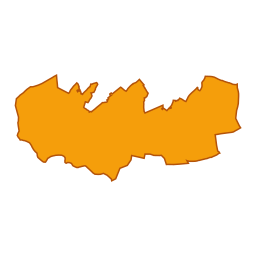 outline of Kumbotso, Kano, Nigeria
{"feature_id": "59680162B97880726687240", "entity_name": "Kumbotso", "entity_type": "district", "adm_level": 2, "iso_a3": "NGA", "parent_name": "Nigeria", "parent_adm1": "Kano", "projection": "albers", "projection_center": [8.511, 11.918], "detail": "fine", "context": "isolated", "style": "filled", "palette": "amber", "viewbox_px": 256, "rotation_deg": 0, "n_neighbors": 0, "source": "geoboundaries", "source_scale": "gbopen_adm2", "svg_char_len": 5445}
<svg xmlns="http://www.w3.org/2000/svg" viewBox="0 0 256 256"><path d="M202.0,84.6L202.0,85.4L202.0,86.3L201.8,87.1L201.3,88.4L200.5,89.8L200.3,90.1L199.8,90.7L199.4,90.5L199.3,90.4L199.0,90.3L198.7,90.1L198.1,89.6L198.0,89.4L197.9,89.2L197.8,88.9L197.8,88.6L197.8,88.4L197.8,88.0L197.8,87.9L197.7,87.6L197.3,87.4L196.9,87.8L196.7,88.2L196.3,88.6L194.0,90.8L192.4,92.2L191.2,93.3L190.2,94.3L189.3,95.3L189.0,95.7L188.2,96.9L187.4,98.6L185.9,101.5L184.4,100.9L183.5,100.3L182.5,99.6L181.1,98.8L180.9,98.8L180.7,98.7L179.7,98.2L179.0,99.3L177.9,100.5L177.3,100.2L177.0,100.6L175.6,101.2L175.4,100.5L173.3,100.3L173.0,101.9L171.8,104.8L171.5,105.4L170.6,106.6L170.2,107.0L170.7,107.5L171.2,107.8L171.1,108.1L169.5,108.5L169.1,108.1L166.9,110.6L163.5,108.2L162.4,109.4L161.8,108.8L163.0,107.3L162.9,105.2L147.0,112.1L146.1,112.5L145.0,113.0L144.7,112.4L144.1,111.4L143.7,107.7L143.7,105.7L143.8,104.2L143.7,101.7L144.5,100.6L144.4,99.2L144.4,98.6L144.3,97.9L145.1,97.7L145.6,97.7L146.1,97.0L146.4,96.7L146.7,96.6L147.1,95.8L148.1,93.2L147.9,93.1L146.8,91.4L146.2,90.4L145.7,89.4L144.9,88.3L144.7,88.2L144.8,87.8L144.2,87.1L143.2,85.5L144.0,84.9L142.4,83.0L141.8,82.3L139.4,79.4L138.2,80.6L137.5,81.2L136.0,82.5L133.5,83.5L133.0,84.0L132.9,83.8L132.0,84.5L130.4,85.9L128.0,88.5L126.8,90.4L126.1,91.2L124.6,90.4L121.2,87.5L120.6,87.2L112.3,93.9L111.5,93.3L111.2,93.0L109.8,94.0L110.0,94.9L110.2,95.3L111.0,95.5L110.2,96.1L108.0,97.9L108.2,98.2L108.3,98.4L108.5,98.6L108.4,98.7L108.5,98.9L108.3,99.0L108.4,99.3L108.5,99.3L107.9,99.5L107.9,99.9L107.4,100.1L107.2,99.9L106.9,100.0L107.4,101.0L107.4,101.5L107.2,101.7L106.8,102.0L106.6,102.2L106.3,102.2L105.6,102.3L104.8,102.3L104.5,102.4L104.1,102.5L103.7,102.6L103.0,102.6L102.6,102.6L102.4,102.6L100.9,104.0L97.6,106.7L96.6,107.5L95.3,108.7L92.3,111.1L91.6,111.8L91.0,111.4L89.3,112.1L89.2,111.5L89.1,111.2L88.4,110.6L88.1,110.4L87.2,110.0L86.2,109.1L84.6,108.2L84.1,107.8L83.7,107.3L85.4,101.8L87.9,102.6L88.8,101.4L89.2,100.5L89.5,100.0L90.0,99.2L90.6,98.5L90.8,98.3L91.0,98.0L91.1,97.7L91.5,97.0L92.0,95.9L91.9,95.6L91.6,94.9L91.6,94.6L91.5,94.2L91.4,93.7L91.0,93.0L91.6,92.9L92.1,92.8L93.0,92.4L93.8,92.4L94.7,90.7L95.3,89.6L95.4,89.2L95.4,88.8L95.7,87.8L96.2,87.0L96.5,86.4L96.9,85.8L97.2,85.3L97.7,84.3L97.3,83.5L97.1,83.1L96.5,82.6L95.7,82.9L94.9,83.1L94.2,83.3L93.4,83.5L92.1,84.1L91.7,84.2L91.3,84.1L91.1,84.1L90.8,84.1L90.0,86.8L89.4,86.9L88.9,87.7L88.7,87.7L88.1,88.2L87.8,88.5L86.8,89.8L84.9,91.6L84.5,91.9L82.9,93.7L82.9,93.9L82.2,94.5L81.8,94.8L81.9,94.7L81.8,94.3L81.7,93.7L81.1,93.8L81.0,93.2L80.9,93.2L80.9,92.8L80.9,92.4L80.8,92.2L80.7,91.8L80.5,91.2L80.2,91.3L80.1,91.2L79.6,91.1L79.5,90.7L78.6,91.0L78.4,90.8L77.7,91.7L77.1,90.8L77.8,90.4L77.7,90.1L79.1,89.9L79.8,89.7L79.1,88.5L78.9,87.4L78.8,87.1L79.1,86.9L78.9,86.4L78.6,85.5L78.4,85.1L78.1,84.2L77.9,83.9L77.4,83.5L77.1,83.2L76.8,82.9L74.7,85.1L74.3,85.4L73.3,86.5L72.9,87.0L72.5,87.6L70.9,89.6L70.4,90.3L69.7,92.0L69.3,92.5L68.6,93.3L67.0,92.5L57.6,87.6L57.5,86.1L57.3,83.8L56.9,80.2L56.5,75.2L56.1,75.4L54.0,76.5L52.3,77.6L48.6,79.7L45.5,81.5L43.4,82.7L42.0,83.5L38.3,85.1L34.6,86.3L32.8,86.8L30.5,86.8L27.0,89.3L24.6,91.5L23.6,92.6L19.9,95.3L19.0,96.3L16.5,98.6L16.4,98.7L16.4,98.8L15.4,105.6L18.5,117.0L18.5,118.2L18.4,119.8L18.4,121.0L17.9,122.7L18.3,126.1L19.1,131.0L17.9,133.5L17.3,135.5L18.4,137.5L19.5,138.7L20.2,140.0L21.8,139.9L23.5,140.5L24.6,140.6L26.7,141.4L29.4,142.7L30.0,143.4L31.5,145.7L32.1,147.1L32.9,148.4L33.6,149.7L34.5,150.7L35.1,151.5L36.0,152.3L36.9,153.1L37.2,154.4L37.3,155.8L37.9,157.4L39.3,158.7L40.8,160.0L42.6,161.5L43.8,162.1L45.5,162.1L46.0,161.3L46.4,160.8L47.3,159.2L47.7,158.4L48.8,157.8L50.6,156.6L52.9,155.9L54.4,155.6L55.7,155.3L57.1,155.2L58.6,155.1L61.7,155.2L63.8,156.2L65.0,157.5L65.2,159.1L64.9,160.8L65.0,162.4L66.1,163.2L67.8,162.5L69.8,162.7L71.4,163.4L71.8,163.9L72.3,164.8L73.0,165.8L74.8,166.7L76.7,167.5L78.2,167.5L79.6,166.9L80.6,166.8L81.4,166.5L82.8,166.2L84.1,165.9L85.1,165.8L86.2,166.4L86.5,166.7L87.6,167.8L88.4,168.5L89.9,169.9L91.7,171.6L93.3,173.2L94.1,173.6L94.7,174.1L95.3,174.2L96.8,174.3L98.0,174.4L100.5,174.3L101.7,173.9L103.5,173.4L105.5,174.4L107.3,175.3L108.2,176.2L111.3,179.0L111.7,180.8L115.7,178.8L118.9,170.8L119.9,168.3L127.3,165.4L131.0,159.9L131.7,155.5L144.1,158.3L145.0,154.1L150.0,154.1L151.3,154.5L153.8,155.4L159.7,155.5L161.3,155.3L164.4,158.4L166.4,164.5L167.5,164.4L173.7,164.5L179.5,164.1L188.4,163.3L187.0,160.7L187.5,160.9L189.3,161.3L190.1,161.3L193.2,161.3L195.4,161.2L197.2,160.9L198.2,160.5L199.2,160.4L202.3,159.6L203.6,159.3L205.5,158.8L206.6,158.6L206.9,158.6L208.1,158.1L210.0,157.4L210.9,157.4L211.5,157.3L211.8,157.2L212.6,156.7L213.9,156.2L216.8,154.9L217.7,154.2L218.4,153.7L219.2,153.2L219.7,153.1L219.0,151.9L217.7,151.0L216.6,145.5L215.2,134.7L217.7,134.3L221.0,133.7L231.8,132.3L233.5,131.9L235.8,130.5L237.0,129.9L240.6,127.8L239.3,125.8L235.7,118.4L236.6,110.5L237.6,107.0L238.3,103.6L238.4,101.0L238.6,96.4L238.6,93.8L238.3,91.5L237.3,87.8L237.2,84.1L236.8,84.3L236.5,84.5L236.3,84.5L235.8,84.6L234.7,84.6L233.9,84.4L233.1,84.4L232.6,84.2L232.1,84.0L231.4,83.6L229.9,83.1L229.4,82.8L228.6,82.8L227.5,82.4L226.5,82.1L224.3,81.4L223.2,80.9L222.0,80.4L221.4,80.5L221.1,80.4L218.1,79.1L217.0,78.5L214.4,77.2L213.2,76.9L211.9,76.6L209.6,76.4L208.6,76.4L205.3,76.3L204.8,78.1L204.4,78.8L204.0,79.7L203.6,80.3L203.2,80.7L202.2,82.0L201.9,82.6L201.9,83.8L202.0,84.6Z" fill="#f59e0b" stroke="#b45309" stroke-width="1.5"/></svg>